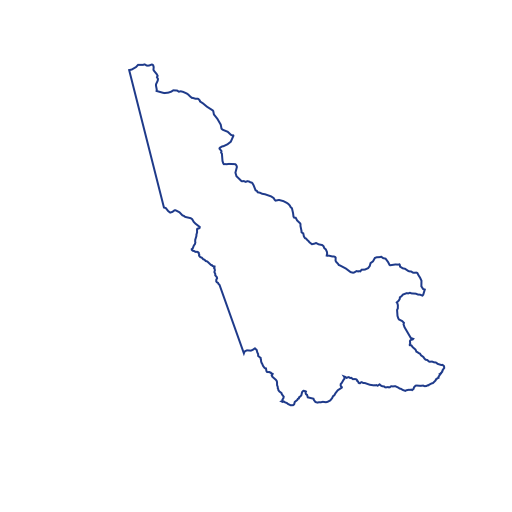 outline of Bongara, Amazonas, Peru, rotated 311°
{"feature_id": "86281439B83606143553342", "entity_name": "Bongara", "entity_type": "district", "adm_level": 2, "iso_a3": "PER", "parent_name": "Peru", "parent_adm1": "Amazonas", "projection": "robinson", "projection_center": [-77.909, -5.632], "detail": "fine", "context": "isolated", "style": "outline", "palette": "blue", "viewbox_px": 512, "rotation_deg": 311, "n_neighbors": 0, "source": "geoboundaries", "source_scale": "gbopen_adm2", "svg_char_len": 6130}
<svg xmlns="http://www.w3.org/2000/svg" viewBox="0 0 512 512"><g transform="rotate(311 256 256)"><path d="M332.1,159.7L331.5,159.0L331.0,157.7L331.2,153.2L329.5,148.2L329.4,147.0L329.5,146.4L332.0,143.2L334.2,136.8L335.2,131.4L337.3,128.7L337.5,127.9L336.5,121.0L336.4,115.8L335.9,112.3L336.5,111.6L336.7,109.4L336.3,108.6L335.0,107.2L333.8,104.5L333.3,104.0L333.2,101.7L333.4,98.9L333.2,97.1L332.0,93.2L330.9,91.1L329.4,90.0L329.1,87.9L326.8,84.9L324.4,84.2L321.7,82.6L318.9,80.0L318.2,78.8L315.3,72.7L316.5,71.9L319.0,68.7L320.0,67.9L323.8,66.8L325.3,65.9L326.0,63.9L327.4,63.6L328.1,61.9L328.8,57.8L329.2,56.5L331.5,54.8L332.5,53.2L332.4,52.2L332.1,51.7L329.7,50.4L328.7,49.5L328.0,48.5L327.7,46.8L327.4,46.1L326.2,45.4L322.9,41.6L319.9,41.5L315.2,39.9L313.1,38.3L232.2,154.7L233.0,156.5L232.3,160.2L232.4,162.4L232.5,162.8L234.5,164.0L236.9,164.5L237.5,164.9L237.9,165.9L238.8,169.6L238.4,173.8L239.0,175.4L238.9,176.2L239.3,177.4L241.7,181.9L241.9,183.7L240.9,186.6L240.7,189.0L241.0,194.5L240.2,195.0L239.1,194.7L238.3,193.9L237.6,193.9L235.2,196.0L232.7,197.2L232.2,197.8L228.4,199.5L227.1,200.5L226.5,201.3L224.9,202.1L223.2,202.2L220.1,203.3L219.0,203.0L218.5,203.5L218.5,204.9L219.3,206.4L219.3,207.5L220.6,208.9L220.9,209.8L220.9,210.6L220.3,211.0L220.0,212.1L218.9,212.8L218.6,214.7L219.2,216.2L218.9,218.3L219.4,219.6L219.2,221.4L219.7,222.2L219.9,223.2L219.7,228.0L220.2,228.6L219.9,229.7L220.9,231.6L220.2,232.1L219.4,232.2L219.2,233.1L218.3,234.3L216.6,235.1L215.7,237.1L214.7,237.9L214.3,240.4L213.6,241.3L212.2,241.5L210.8,242.6L210.5,243.6L210.8,244.9L210.3,246.1L210.3,247.2L210.0,247.9L174.6,310.7L175.9,310.2L177.0,310.2L178.9,311.1L181.2,314.2L183.0,315.1L185.6,315.8L185.5,318.2L184.1,320.2L183.4,321.9L182.0,323.2L182.1,326.5L181.3,327.1L181.1,327.7L179.9,328.9L179.0,330.3L178.9,331.0L177.7,333.4L177.2,335.6L177.2,336.4L177.7,337.3L176.1,339.2L175.7,340.2L176.0,340.9L177.4,342.5L177.3,343.3L177.7,343.9L177.4,344.5L178.0,345.8L177.3,346.2L176.2,346.2L175.6,347.5L175.6,352.2L175.2,353.8L174.5,354.7L172.4,356.6L171.4,358.4L170.4,359.3L170.2,360.0L169.4,361.0L169.1,362.5L169.3,365.1L168.6,366.3L168.0,369.2L166.8,369.9L164.9,370.2L164.4,370.9L163.9,371.0L163.0,370.6L163.3,371.8L164.5,372.7L164.5,373.6L165.3,375.8L165.3,377.2L166.1,380.1L167.8,381.9L169.1,382.1L171.3,381.0L174.4,381.6L175.7,381.3L176.6,381.8L177.7,381.2L179.0,381.6L180.6,381.6L183.5,380.1L184.9,380.1L185.6,380.4L186.0,381.5L186.4,382.0L186.5,382.6L185.6,382.9L185.0,383.5L184.5,384.5L184.7,385.6L183.3,387.8L186.0,393.0L185.3,394.2L184.8,396.7L185.7,398.6L187.0,399.5L188.0,400.8L189.8,402.1L191.5,404.7L192.9,405.7L195.7,406.8L198.7,406.7L200.8,406.1L202.2,406.5L204.5,406.0L208.3,405.8L212.9,407.1L213.3,406.9L213.4,405.6L213.9,404.7L215.1,403.9L216.4,404.0L220.0,403.3L221.2,403.3L222.5,402.4L222.8,401.4L223.4,403.0L223.4,404.3L225.2,405.2L225.5,405.7L225.7,407.1L226.6,407.9L226.6,409.9L228.1,411.5L228.7,412.7L228.7,413.4L228.1,414.3L228.3,415.3L227.6,416.6L227.7,417.3L228.3,418.0L229.1,418.0L230.1,418.5L230.5,420.2L231.6,421.6L233.5,426.4L235.8,430.0L236.4,430.4L236.9,431.2L237.5,431.5L237.9,432.9L240.2,433.5L240.2,435.8L240.7,437.0L241.6,438.3L241.6,439.5L242.0,440.2L243.7,441.6L244.0,442.5L244.7,443.1L246.0,443.3L246.6,443.7L247.2,444.7L249.1,446.5L250.0,449.6L250.2,451.4L250.8,452.4L251.2,454.7L252.2,457.2L253.2,457.5L255.3,459.1L256.1,460.2L257.0,460.8L257.2,461.8L259.0,462.1L260.6,461.4L262.8,461.5L263.7,462.3L265.9,465.3L267.9,467.2L268.2,468.4L269.0,469.3L269.8,470.0L270.9,470.3L271.5,471.0L272.1,471.0L275.0,472.1L276.1,472.9L280.0,473.2L280.9,472.7L281.5,473.0L282.8,473.1L283.8,473.7L284.6,473.0L287.1,472.7L287.4,472.1L288.0,472.4L288.6,472.3L288.9,472.7L289.6,472.4L290.7,472.5L291.1,472.1L291.9,472.1L292.4,471.7L295.0,471.5L296.2,470.2L296.2,468.2L295.3,467.4L293.7,463.7L293.8,462.4L293.5,461.4L292.6,460.2L291.8,458.1L290.1,456.4L289.8,455.5L289.9,453.6L289.0,452.0L289.1,450.3L289.6,448.6L289.3,445.7L289.9,443.8L289.4,442.4L289.4,441.0L289.0,439.9L290.0,437.8L290.0,434.0L290.5,431.9L289.6,430.6L290.2,430.0L291.4,429.6L292.2,428.5L293.3,427.8L294.7,428.1L295.8,429.0L296.6,429.0L295.7,426.6L299.7,414.8L301.2,412.2L302.6,411.5L302.8,409.0L301.9,405.5L302.3,404.3L303.6,402.1L307.8,397.9L309.5,397.4L312.0,395.3L313.1,393.6L313.3,392.7L315.9,393.0L318.0,392.6L319.2,391.7L321.0,392.2L323.3,392.2L326.8,394.1L327.6,395.4L329.2,396.3L329.8,397.9L332.4,401.3L333.2,403.6L334.4,405.1L335.3,407.6L336.5,407.6L341.4,405.4L340.7,403.8L341.6,400.7L345.9,397.1L347.3,394.0L348.0,391.5L349.0,389.0L348.8,388.1L346.8,386.0L346.4,385.3L346.1,383.3L345.0,381.8L344.6,380.8L344.1,376.8L343.0,374.9L342.5,371.7L343.6,370.4L343.8,369.7L342.9,369.1L341.1,366.8L337.0,363.3L336.9,362.6L338.1,359.6L339.0,355.5L337.8,353.4L337.6,351.0L336.4,350.2L334.2,347.9L332.5,347.0L328.7,347.8L325.8,347.1L323.1,348.4L320.4,348.6L317.2,347.1L314.9,344.7L312.8,344.8L312.2,343.7L311.4,343.3L310.6,341.8L308.0,340.9L307.1,340.3L305.9,338.0L305.5,332.1L304.0,325.7L303.5,324.3L303.9,323.2L304.2,320.2L304.7,319.1L307.0,317.2L307.2,316.5L306.8,315.2L305.7,313.9L304.0,310.6L303.2,310.0L302.7,309.1L304.6,308.0L305.6,306.9L306.8,304.3L306.7,302.5L307.7,300.5L307.7,298.8L305.9,295.6L305.2,292.8L303.8,292.1L301.6,290.5L301.4,287.2L301.7,286.1L301.7,284.3L302.0,282.3L301.6,281.3L302.2,279.3L304.1,276.8L303.8,275.8L303.9,274.6L304.6,274.1L307.8,269.9L309.3,268.6L309.6,267.9L309.8,263.7L310.9,260.9L310.0,259.7L310.3,258.5L312.7,255.8L315.6,251.8L315.6,250.1L316.3,248.3L316.5,246.2L316.3,244.4L315.4,240.7L313.4,236.6L310.6,234.4L310.7,233.1L311.3,231.3L310.9,228.3L308.5,222.3L307.0,219.8L306.3,217.4L305.2,215.5L305.7,213.9L305.3,212.6L307.8,207.8L308.6,205.5L308.6,204.6L307.9,203.4L307.7,202.0L307.1,200.9L306.8,200.4L305.2,199.6L304.5,197.6L303.2,196.4L303.0,195.8L303.4,188.9L305.4,185.8L310.6,183.2L311.2,182.4L311.7,181.0L311.7,180.2L311.0,179.2L307.7,175.1L306.2,173.8L304.2,171.4L304.5,170.4L305.7,168.4L310.8,163.2L311.2,161.8L312.3,161.3L312.6,160.9L313.0,158.2L313.3,157.8L314.0,157.7L316.6,158.6L317.5,159.4L321.6,161.2L325.7,162.0L331.9,160.1L332.1,159.7Z" fill="none" stroke="#1e3a8a" stroke-width="2"/></g></svg>